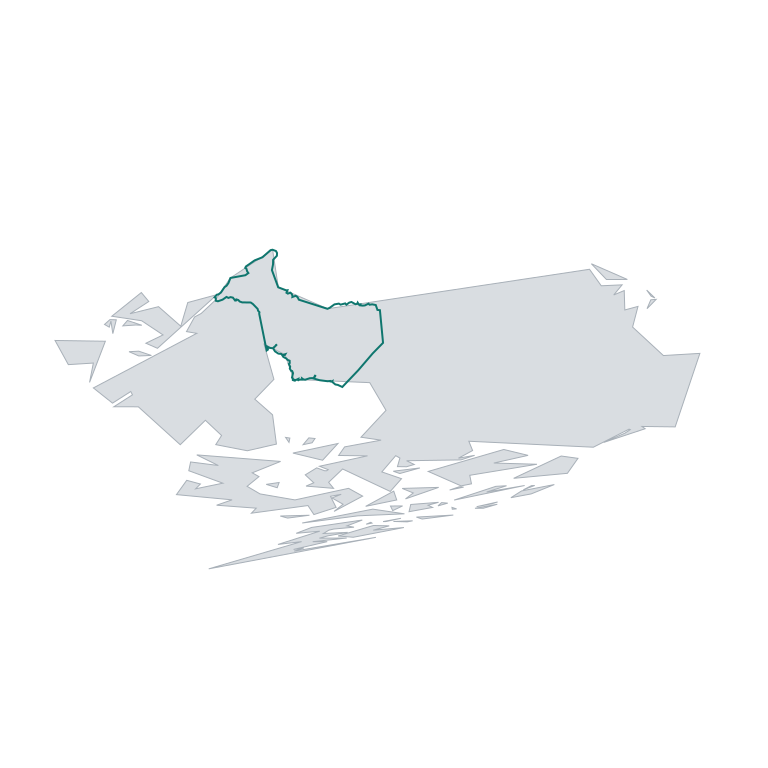 Canada, with Ontario highlighted, rotated 170°
{"feature_id": "CAN-682", "entity_name": "Ontario", "entity_type": "Province", "adm_level": 1, "iso_a3": "CAN", "parent_name": "Canada", "parent_adm1": "", "projection": "equal_earth", "projection_center": [-83.246, 49.265], "detail": "medium", "context": "in_parent", "style": "outline", "palette": "teal", "viewbox_px": 768, "rotation_deg": 170, "n_neighbors": 0, "source": "natural_earth", "source_scale": "10m", "svg_char_len": 5652}
<svg xmlns="http://www.w3.org/2000/svg" viewBox="0 0 768 768"><g transform="rotate(170 384 384)"><path d="M129.3,396.9L103.9,363.5L67.6,359.3L104.7,291.2L137.3,297.4L134.6,294.6L177.8,288.3L155.4,293.7L149.4,296.3L150.5,297.0L188.8,285.4L310.4,312.9L308.3,303.1L323.6,298.0L307.1,298.0L321.4,295.9L375.1,304.5L368.2,299.5L376.2,298.6L385.1,300.3L381.2,308.3L384.9,311.4L401.4,297.8L383.2,287.7L396.5,277.1L439.5,307.5L455.6,296.8L451.8,290.0L478.5,297.0L470.3,298.9L477.3,308.2L464.8,313.1L457.6,308.9L455.6,308.5L453.8,309.3L461.8,314.2L412.7,316.1L441.1,321.5L433.7,328.9L396.6,329.2L415.9,335.6L386.6,357.7L397.8,387.8L472.1,404.2L476.4,430.2L495.2,444.0L491.6,407.7L513.9,391.5L499.1,373.0L500.4,343.5L530.2,342.0L560.2,353.5L552.9,361.5L566.2,379.3L595.2,359.6L629.9,404.2L654.0,408.5L633.6,417.0L634.7,420.6L654.7,412.3L670.9,430.6L559.6,466.4L569.4,469.9L558.9,482.9L551.8,485.2L535.9,495.6L516.9,515.1L470.4,535.5L471.3,497.5L426.5,467.9L161.7,461.3L153.0,443.0L132.3,440.3L142.3,431.8L131.2,434.3L134.0,415.1L120.4,416.3L129.3,396.9ZM445.3,282.8L456.2,282.7L452.6,270.8L475.7,267.6L480.0,277.5L537.0,279.8L531.4,283.9L569.9,293.7L553.7,296.3L607.6,311.1L595.0,323.4L582.2,317.4L587.7,313.5L559.9,314.3L591.3,332.5L588.0,340.8L561.3,332.5L580.7,346.7L499.3,325.7L529.2,319.4L523.2,314.5L536.6,307.0L525.2,297.3L491.8,285.3L437.0,287.4L424.5,277.3L455.3,267.2L445.2,272.7L455.0,280.8L445.3,282.8ZM418.6,234.4L588.7,232.4L492.5,243.1L516.3,244.4L472.8,250.2L496.4,252.2L480.2,255.3L429.0,253.8L445.2,250.7L438.4,248.2L458.7,249.9L463.8,249.6L469.6,247.3L445.5,244.2L465.7,244.2L474.4,243.4L447.5,238.8L481.6,241.1L467.3,238.6L501.8,236.8L491.4,236.5L501.5,235.0L418.6,234.4ZM247.3,278.4L315.4,279.2L315.2,270.5L325.8,270.3L355.6,290.2L277.4,298.7L254.5,288.7L289.6,287.1L247.3,278.4ZM592.6,499.3L574.1,476.2L563.1,498.3L533.0,501.0L600.9,458.5L611.4,465.5L593.1,470.7L611.7,488.4L640.3,498.0L607.1,516.2L601.3,506.1L621.9,497.3L592.6,499.3ZM218.9,264.2L272.7,268.6L222.0,282.3L205.9,277.1L218.9,264.2ZM389.3,239.2L440.9,238.4L455.6,242.3L418.9,246.5L403.5,243.4L420.0,241.9L389.3,239.2ZM386.4,252.6L432.5,258.7L488.7,261.3L416.8,262.7L386.4,252.6ZM263.1,259.6L335.1,257.5L291.6,263.8L281.0,262.5L301.7,259.8L263.1,259.6ZM673.7,436.7L666.6,455.1L691.5,457.9L700.4,484.0L651.0,474.5L673.7,436.7ZM348.1,272.7L382.8,267.1L374.1,271.6L384.2,278.0L348.1,272.7ZM439.7,333.4L457.7,319.6L485.7,331.8L439.7,333.4ZM391.6,267.6L423.3,266.7L393.0,276.8L391.6,267.6ZM278.8,250.0L267.1,254.8L233.7,255.4L258.2,250.2L278.8,250.0ZM381.5,253.9L378.6,260.7L350.8,258.0L361.7,257.0L357.6,254.0L381.5,253.9ZM338.5,242.9L369.9,244.4L375.2,247.3L338.5,242.9ZM126.2,444.7L146.8,448.3L158.9,466.4L126.2,444.7ZM480.2,267.7L502.2,268.7L509.1,272.0L480.2,267.7ZM363.2,295.1L384.0,293.1L390.0,296.5L363.2,295.1ZM397.4,257.8L398.8,262.7L386.9,260.7L397.4,257.8ZM385.0,244.2L398.6,247.0L379.5,244.3L385.0,244.2ZM507.2,300.4L517.4,305.6L504.4,305.2L507.2,300.4ZM298.6,247.3L314.1,247.1L292.6,248.1L298.6,247.3ZM337.8,268.2L327.8,269.7L323.5,268.6L337.8,268.2ZM642.3,480.7L642.0,493.4L644.7,487.7L648.9,491.2L642.7,495.0L636.5,493.7L642.3,480.7ZM307.7,244.4L316.0,245.8L293.3,245.9L307.7,244.4ZM629.5,460.1L619.8,458.9L608.1,452.5L620.6,454.2L629.5,460.1ZM474.2,338.3L467.4,344.0L461.4,342.3L465.0,338.6L474.2,338.3ZM101.3,420.1L111.9,412.5L106.6,420.6L101.3,420.1ZM390.6,248.8L406.2,248.2L408.8,248.7L390.6,248.8ZM352.0,254.6L347.9,257.2L341.9,255.6L352.0,254.6ZM612.3,483.9L618.1,485.2L631.1,486.6L625.6,491.1L612.3,483.9ZM487.7,343.0L490.2,348.5L486.1,347.1L487.7,343.0ZM265.2,255.6L256.4,258.3L253.2,257.9L265.2,255.6ZM425.9,249.0L421.0,250.1L420.0,249.1L425.9,249.0ZM338.5,248.8L338.5,250.7L334.2,248.4L338.5,248.8ZM102.3,421.7L105.7,424.1L109.0,430.9L102.3,421.7Z" fill="#d9dde1" stroke="#a8b0b8" stroke-width="1"/><path d="M419.0,471.0L414.5,471.0L413.0,469.7L408.2,470.1L407.3,468.6L404.1,470.2L401.8,470.4L398.2,467.5L396.5,467.6L395.8,468.7L395.0,466.6L393.4,466.5L393.8,465.6L391.5,464.9L389.2,464.7L385.3,465.8L384.5,464.6L381.8,464.5L378.4,463.2L377.6,458.1L375.2,457.4L377.8,424.7L389.8,416.1L407.1,401.9L425.6,388.3L429.6,391.1L432.0,392.0L434.7,395.2L434.4,395.8L435.3,395.5L436.3,395.8L436.3,396.3L439.0,396.5L446.7,398.9L452.3,401.6L450.3,403.8L450.1,404.8L451.7,402.6L452.8,402.1L456.0,402.6L460.9,401.9L463.2,402.7L463.6,403.1L463.4,403.4L463.6,403.6L463.6,403.1L463.4,402.7L462.5,402.3L466.3,403.0L467.8,402.6L468.4,403.2L468.0,403.8L470.2,403.2L472.6,404.1L472.3,403.3L473.1,403.7L472.9,405.3L473.5,406.3L471.7,410.5L472.2,412.7L473.2,413.2L474.1,415.5L473.4,417.4L474.2,420.3L473.2,421.0L472.9,423.3L474.8,424.5L475.7,426.0L478.4,428.1L479.0,429.5L476.5,429.9L476.0,430.5L478.8,430.1L479.9,431.4L482.8,432.3L485.7,435.1L487.0,438.4L482.6,441.5L483.2,441.3L483.1,441.7L483.9,440.6L487.3,438.5L490.3,439.4L493.9,442.3L494.7,474.9L494.2,476.3L495.3,478.1L495.4,479.9L499.2,485.5L501.1,487.4L509.5,489.0L511.8,490.3L512.9,492.0L514.8,493.0L515.4,492.8L515.3,492.0L516.1,492.0L517.8,495.3L520.0,496.2L522.3,495.8L524.0,497.1L528.3,495.1L533.2,494.3L535.2,495.2L534.7,497.8L535.8,498.8L533.0,501.0L531.5,501.0L528.7,502.4L524.2,507.1L522.0,508.1L519.7,510.4L516.8,515.1L501.6,515.2L498.3,516.8L499.2,518.7L499.5,521.5L500.5,522.4L499.6,523.7L489.9,528.2L481.7,529.9L472.5,535.5L470.5,535.6L467.3,533.7L466.6,531.6L467.2,528.9L471.6,525.6L472.5,521.1L474.6,515.6L471.4,497.6L464.0,493.2L462.8,493.1L464.2,490.8L463.0,489.7L460.3,490.2L459.2,488.6L458.8,486.5L459.1,485.6L455.6,486.2L454.0,484.5L453.2,481.8L426.7,467.9L424.4,468.4L419.0,471.0ZM493.9,442.1L492.1,439.9L492.4,438.0L493.7,437.4L493.9,442.1Z" fill="none" stroke="#0f766e" stroke-width="2"/></g></svg>